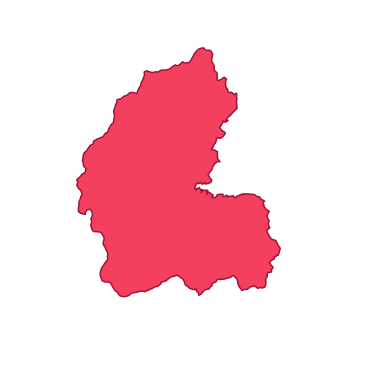 the district of Tram Tau, Yên Bái, Vietnam, rotated 35°
{"feature_id": "81297802B29855819440848", "entity_name": "Tram Tau", "entity_type": "district", "adm_level": 2, "iso_a3": "VNM", "parent_name": "Vietnam", "parent_adm1": "Yên Bái", "projection": "equal_earth", "projection_center": [104.472, 21.51], "detail": "fine", "context": "isolated", "style": "filled", "palette": "rose", "viewbox_px": 384, "rotation_deg": 35, "n_neighbors": 0, "source": "geoboundaries", "source_scale": "gbopen_adm2", "svg_char_len": 6012}
<svg xmlns="http://www.w3.org/2000/svg" viewBox="0 0 384 384"><g transform="rotate(35 192 192)"><path d="M240.6,272.0L243.0,271.9L245.5,272.3L246.4,272.0L248.7,271.3L250.3,270.2L251.2,269.1L252.4,270.6L254.8,270.8L256.8,272.6L257.8,270.9L258.1,270.0L258.3,265.9L258.7,265.0L259.9,263.1L261.3,262.0L261.5,261.1L261.5,259.3L262.0,257.5L261.8,256.5L261.2,254.9L261.9,253.5L262.6,252.9L263.2,251.7L262.9,250.4L263.1,248.7L265.6,247.3L268.5,244.6L272.6,239.7L272.9,238.7L273.0,237.5L273.4,236.9L273.7,236.8L275.8,236.8L278.4,237.5L280.6,238.8L281.9,240.5L284.8,242.5L289.4,244.0L290.6,242.0L292.9,240.1L293.7,238.3L294.2,236.3L295.8,234.5L296.3,233.5L297.8,233.4L298.8,232.9L300.5,233.2L301.3,233.0L301.7,232.6L302.5,231.3L304.8,230.1L305.9,228.7L306.2,227.6L305.5,225.7L304.4,223.6L302.7,221.7L302.1,220.2L302.1,218.0L300.1,215.6L300.5,214.6L302.8,212.1L302.7,211.3L301.6,210.1L301.8,208.0L301.7,207.6L300.6,206.8L298.6,206.5L295.8,205.3L296.1,204.7L296.4,202.0L297.7,200.3L297.7,199.5L296.9,198.3L296.9,197.8L297.8,196.6L297.5,195.3L298.3,194.9L298.8,194.3L298.1,191.6L296.8,188.0L296.0,187.2L293.5,186.5L288.5,183.7L287.4,183.9L285.9,184.7L283.1,184.7L280.2,183.6L275.9,181.4L275.5,180.8L275.4,179.4L275.9,178.4L276.2,176.7L275.0,176.2L272.8,174.4L272.5,174.1L272.2,172.6L271.4,170.9L269.8,170.6L268.4,169.8L267.6,169.0L267.0,168.0L266.7,166.8L266.4,163.6L262.1,163.6L260.1,162.7L259.0,162.6L258.7,161.6L257.2,160.8L256.6,160.1L256.5,158.8L256.7,157.9L252.1,158.2L251.4,158.0L250.9,157.4L249.9,157.3L247.8,158.5L245.9,158.3L243.8,158.7L242.3,159.5L240.5,160.9L239.5,161.0L238.7,161.4L236.7,163.4L235.9,163.3L235.7,163.6L235.6,164.7L234.5,164.7L233.2,166.3L233.1,167.1L232.4,167.5L232.3,168.9L231.1,169.7L230.7,171.5L230.3,172.1L229.9,172.3L228.3,171.5L227.5,171.7L225.9,173.7L224.8,174.1L224.0,175.6L223.6,175.6L222.7,174.7L222.3,174.8L221.9,175.2L221.3,176.7L219.8,178.0L219.4,177.8L218.9,176.3L218.7,176.1L215.9,178.0L215.4,178.9L214.3,179.6L214.6,181.3L214.5,182.7L213.5,183.7L212.4,184.5L211.3,185.0L211.2,184.1L211.2,182.4L205.1,182.6L205.0,183.3L205.6,184.7L205.5,185.1L203.7,183.0L204.0,182.1L203.9,181.7L203.1,182.0L200.9,183.7L199.5,184.1L199.6,184.4L200.3,185.6L200.0,186.7L199.5,185.6L198.6,185.7L198.3,184.8L197.4,185.0L195.4,184.3L194.8,185.7L194.3,185.9L193.9,186.5L193.9,187.6L194.1,188.8L193.5,187.8L193.0,187.4L192.2,187.3L191.9,187.1L190.7,182.3L192.4,181.6L192.5,180.5L193.3,180.3L193.5,179.2L195.2,179.7L196.2,179.5L196.5,177.5L197.1,176.9L197.4,176.9L197.9,177.8L198.1,177.9L198.8,177.4L200.4,175.6L201.3,174.3L201.8,173.4L201.7,172.4L201.1,170.7L199.3,170.4L195.6,168.8L195.2,167.0L195.2,165.7L195.6,163.1L194.5,159.5L194.6,158.2L194.3,156.2L194.9,154.8L194.8,153.4L196.4,151.8L197.3,151.2L195.0,150.2L193.8,150.2L193.3,149.9L193.1,148.6L192.2,148.1L189.8,144.4L186.2,144.7L184.3,145.7L183.3,145.8L183.5,142.9L182.7,140.8L183.0,139.6L183.1,138.7L182.8,137.2L181.7,134.4L181.6,133.0L181.8,132.6L183.8,132.2L184.8,131.3L185.6,128.4L185.7,125.0L184.5,124.3L180.9,124.4L177.6,123.3L177.7,121.9L177.5,118.6L177.2,117.2L176.6,116.3L178.4,116.1L179.7,115.1L180.0,114.5L180.3,112.7L179.6,112.9L179.2,113.8L178.6,113.7L178.3,110.7L179.3,108.0L180.0,102.2L180.9,98.0L180.9,97.5L177.1,93.2L175.1,89.6L173.2,87.7L172.3,85.9L172.0,85.7L171.6,85.8L171.2,86.5L170.8,87.9L170.5,88.1L168.0,87.6L166.4,88.0L165.7,89.1L165.2,89.5L164.2,89.3L163.7,89.0L162.3,87.4L160.5,87.0L158.3,85.4L155.9,81.7L155.4,79.7L154.6,79.8L153.1,79.4L152.4,80.0L151.8,81.0L151.5,82.7L151.1,83.7L150.2,84.6L149.5,85.8L148.7,85.9L148.1,85.5L147.1,83.7L146.3,83.0L145.4,81.2L143.6,79.9L140.6,79.8L140.5,79.4L137.8,76.0L135.1,74.5L133.9,74.2L132.0,72.0L130.0,67.5L127.4,65.8L125.2,65.7L123.0,67.5L121.5,67.9L119.9,67.6L119.0,67.2L117.0,69.0L116.0,70.2L115.3,71.9L114.8,74.2L114.6,78.3L114.9,78.8L115.6,85.9L115.3,87.5L112.7,90.2L111.8,90.7L109.7,90.7L108.6,95.5L108.0,96.4L106.7,97.4L105.6,97.5L104.9,98.4L102.7,104.8L100.0,107.7L99.4,108.2L97.7,109.0L97.1,109.6L95.9,111.7L95.4,113.3L94.9,113.9L93.9,113.8L91.4,116.6L90.8,117.0L88.2,118.0L85.7,118.5L84.2,120.5L84.1,120.8L84.2,121.4L86.2,123.7L87.4,129.0L87.7,131.3L89.1,135.3L88.9,137.5L90.3,143.3L88.0,143.7L86.6,144.2L84.9,145.5L84.0,146.8L83.3,149.7L82.1,151.8L81.1,152.8L81.0,154.4L80.1,156.6L77.8,159.2L77.8,159.7L79.1,161.8L79.1,163.1L79.3,164.3L80.1,165.9L80.5,167.9L81.3,170.2L82.2,171.5L85.2,174.7L87.7,180.1L87.7,180.8L87.1,183.5L87.6,187.8L88.5,191.4L88.4,192.0L87.3,193.6L87.4,197.7L83.6,203.7L82.4,206.4L82.4,207.0L83.1,209.0L83.3,210.3L81.8,212.1L81.9,214.3L81.8,217.1L82.1,218.0L82.1,218.7L81.4,220.6L81.3,222.3L82.4,225.5L83.5,227.2L84.1,228.9L86.8,231.0L87.6,232.3L88.0,232.6L88.8,233.1L91.5,233.6L92.0,234.2L92.7,235.9L93.0,237.2L93.0,237.8L91.6,240.8L91.7,243.4L90.6,247.6L90.9,248.4L92.6,249.2L92.9,249.6L93.6,252.3L94.1,252.8L95.5,253.3L96.9,254.2L100.0,254.5L103.0,256.7L103.5,257.7L103.6,259.8L104.3,261.2L105.0,264.5L106.2,266.7L107.1,267.8L108.1,270.4L109.7,272.2L110.0,273.1L113.2,273.3L117.3,271.5L116.6,270.2L116.3,268.7L116.3,267.0L116.7,266.3L117.8,265.2L118.4,264.8L119.7,264.9L121.4,265.6L123.6,267.8L124.2,269.4L124.5,271.9L126.2,273.2L127.0,274.2L128.1,277.2L129.4,278.4L131.2,279.7L133.2,280.7L134.2,280.8L137.8,278.5L140.2,277.4L142.3,277.9L145.6,279.4L147.2,281.2L148.0,283.8L149.0,285.5L150.4,286.4L151.9,286.8L154.7,288.6L157.2,289.8L159.1,291.6L159.4,293.2L161.3,294.8L161.5,295.7L161.6,297.1L161.4,300.7L161.7,304.9L161.7,306.7L162.3,308.1L162.4,309.0L164.1,312.4L166.0,314.0L169.4,316.2L172.3,315.6L174.3,314.2L177.0,313.1L184.3,316.5L186.7,317.0L188.9,316.9L190.1,317.8L191.6,318.2L192.9,318.3L196.0,317.0L197.4,315.9L199.4,313.3L199.9,312.2L200.2,310.2L200.8,309.0L202.0,308.1L207.5,302.1L208.9,301.3L210.1,301.0L211.0,300.1L211.1,299.0L212.3,298.1L213.2,296.0L214.4,294.4L216.2,290.6L217.9,289.2L219.2,285.0L218.6,283.2L220.5,281.4L221.9,279.1L222.6,275.9L223.6,273.6L226.3,270.4L227.2,269.0L228.2,268.8L229.2,268.2L231.2,268.7L233.7,268.4L236.5,269.4L239.6,271.8L240.6,272.0Z" fill="#f43f5e" stroke="#9f1239" stroke-width="1.5"/></g></svg>